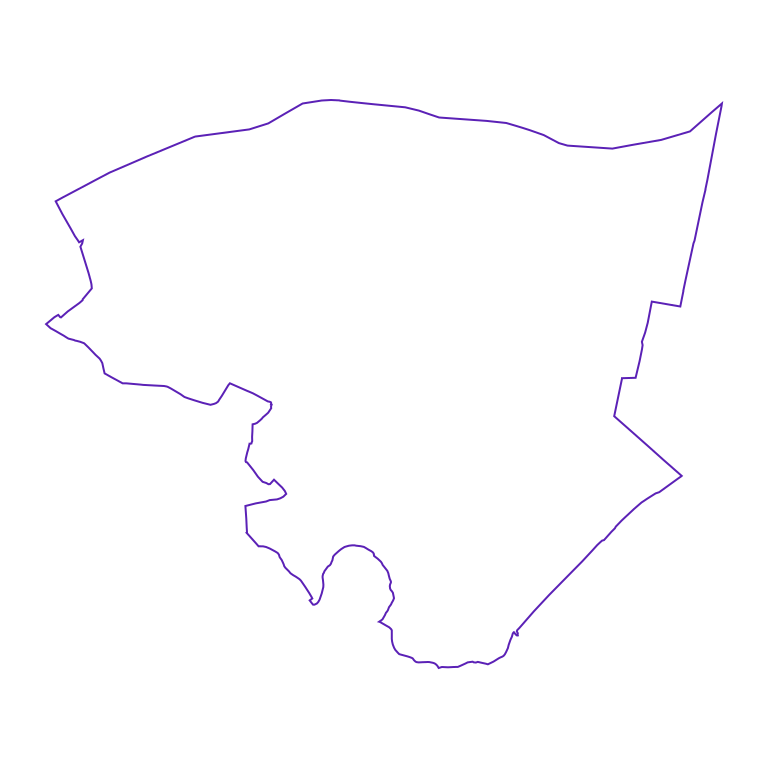 the district of Oltina, Constanta, Romania
{"feature_id": "2599482B63445954595990", "entity_name": "Oltina", "entity_type": "district", "adm_level": 2, "iso_a3": "ROU", "parent_name": "Romania", "parent_adm1": "Constanta", "projection": "natural_earth1", "projection_center": [27.643, 44.146], "detail": "fine", "context": "isolated", "style": "outline", "palette": "violet", "viewbox_px": 768, "rotation_deg": 0, "n_neighbors": 0, "source": "geoboundaries", "source_scale": "gbopen_adm2", "svg_char_len": 5161}
<svg xmlns="http://www.w3.org/2000/svg" viewBox="0 0 768 768"><path d="M681.7,475.9L663.0,459.5L646.8,445.0L614.2,416.2L622.0,378.6L622.0,378.4L622.0,378.2L635.6,377.8L639.6,361.1L642.0,349.2L642.6,345.1L641.9,341.8L645.1,332.7L647.8,322.5L647.8,322.4L651.8,301.6L655.3,302.2L680.3,306.5L683.4,291.0L683.3,290.8L685.5,280.2L693.5,243.3L694.5,240.7L702.5,202.2L705.5,189.6L705.4,189.4L707.4,179.8L715.9,134.5L721.5,106.3L721.9,103.5L711.9,112.1L690.0,131.4L661.2,139.9L634.1,144.6L631.3,145.1L619.9,147.2L612.4,148.6L575.0,146.1L567.5,145.6L558.9,143.1L543.8,135.1L529.6,130.1L522.7,127.9L515.8,125.8L506.3,123.0L486.6,120.9L458.6,118.9L439.1,117.5L429.0,114.1L418.9,110.6L405.2,107.3L391.7,106.0L387.6,105.6L381.4,105.0L374.1,104.3L363.4,103.2L350.1,101.8L339.9,100.6L339.6,100.4L331.0,100.0L321.8,100.5L302.6,103.5L285.4,113.4L268.3,123.4L249.3,129.4L194.9,136.6L195.0,136.6L172.8,145.8L146.9,156.5L109.6,172.6L100.5,177.4L93.7,181.0L71.5,192.8L62.8,197.4L55.7,201.3L62.4,214.1L70.9,228.9L75.0,236.3L75.6,237.1L77.4,239.7L77.5,239.8L79.1,242.3L82.9,240.2L82.2,243.4L80.4,246.7L88.6,273.2L88.7,273.6L89.6,276.8L89.7,277.3L89.8,277.7L90.4,279.7L90.5,280.3L90.6,280.5L90.8,281.4L91.2,283.1L91.5,284.7L91.8,288.4L87.2,293.9L82.7,299.3L82.6,300.2L79.5,302.9L67.8,311.4L61.0,317.4L60.2,317.2L58.3,314.9L57.2,315.5L54.4,317.2L46.1,324.1L50.7,328.3L50.8,328.3L56.0,331.2L60.1,333.6L63.8,335.7L66.1,337.2L68.4,338.6L73.9,340.0L75.2,340.6L76.4,340.8L80.6,341.9L80.7,342.0L84.0,343.2L84.8,343.9L88.3,347.3L95.7,355.0L99.6,358.6L100.9,360.5L102.3,363.1L103.5,368.7L104.6,373.4L111.2,377.1L122.6,383.3L125.9,383.3L140.6,384.6L143.2,384.9L156.1,385.6L164.0,386.0L166.7,386.5L167.8,386.9L170.7,388.4L180.5,394.2L183.6,396.4L184.5,397.0L188.1,398.3L194.3,400.3L202.8,402.9L210.5,404.8L214.0,403.9L216.1,403.1L218.1,401.6L219.1,399.9L221.8,395.9L228.3,385.2L229.9,383.3L247.9,391.2L248.0,391.2L252.9,393.3L257.6,395.8L267.8,401.4L269.8,401.8L270.9,402.3L271.2,403.2L270.9,404.5L271.6,404.7L271.0,406.7L271.2,408.2L268.2,412.7L266.2,414.5L262.7,417.5L262.1,418.4L260.1,420.3L257.0,422.9L255.2,423.7L252.6,424.3L252.4,431.4L252.1,436.8L252.2,441.2L251.8,442.1L251.4,443.5L250.2,443.6L249.5,444.4L249.4,444.3L248.2,449.3L247.3,452.2L245.8,458.4L245.5,461.0L246.0,462.1L247.1,462.4L253.2,470.0L257.9,476.7L262.6,481.8L266.3,483.0L268.4,484.2L270.0,484.1L274.0,479.7L277.8,483.4L282.2,487.6L284.9,491.1L286.2,493.9L283.3,496.7L280.3,498.3L277.0,499.4L269.7,500.1L266.1,501.5L255.7,503.4L245.4,506.0L246.3,518.8L246.7,527.5L247.0,532.2L246.5,532.7L255.9,543.2L258.6,546.3L259.9,546.2L260.0,546.3L262.9,546.3L266.1,547.0L269.7,548.5L275.1,551.4L277.7,553.0L278.9,554.6L279.7,557.2L281.2,559.3L281.3,559.4L281.8,560.2L283.1,563.0L283.7,564.4L284.3,566.3L285.4,567.8L286.2,568.6L289.1,571.5L290.0,572.7L290.8,573.5L293.1,575.1L296.0,576.8L298.5,578.5L299.4,579.1L300.9,580.6L302.7,583.2L305.3,587.0L309.2,593.0L311.5,596.9L312.3,598.5L309.7,600.4L312.0,603.4L313.1,604.7L314.4,604.7L316.9,603.5L318.3,601.9L319.6,599.6L321.7,593.5L323.3,587.1L323.4,584.6L323.0,580.3L322.6,577.7L322.6,576.1L323.2,573.7L323.7,573.1L324.5,571.1L325.7,569.5L327.8,566.6L329.9,565.2L330.9,563.8L331.5,562.1L332.4,560.3L332.8,558.3L333.2,556.5L334.7,554.7L337.7,552.0L339.3,550.6L341.2,549.1L344.5,547.0L346.1,546.5L349.0,545.7L352.4,545.3L354.4,545.3L356.2,545.7L360.7,546.2L363.9,546.9L365.8,548.0L368.4,549.6L371.3,551.2L372.8,552.3L373.7,553.5L374.0,554.9L373.9,554.9L374.1,556.0L375.3,556.9L377.7,558.7L380.9,561.7L381.9,563.2L382.7,565.0L384.0,566.6L387.3,570.8L388.3,573.2L388.8,575.4L389.7,578.8L390.5,580.5L390.9,581.5L390.9,582.6L390.1,584.4L389.8,586.1L390.1,588.6L390.9,590.2L391.8,591.1L392.9,592.8L394.0,598.2L393.1,600.5L391.7,602.9L391.7,603.0L391.0,604.5L390.5,605.2L389.0,607.2L387.9,610.2L387.0,611.6L386.0,612.7L384.9,615.2L383.5,617.6L382.8,618.8L382.6,619.2L382.4,619.4L381.0,620.5L380.2,621.0L379.2,621.7L379.6,621.8L379.9,622.0L380.0,622.0L386.2,625.6L389.2,627.3L391.1,629.1L391.8,630.3L391.8,636.0L391.8,638.9L392.1,641.5L392.8,644.5L394.1,647.8L395.3,649.9L397.9,652.8L399.2,654.1L400.5,654.5L407.5,656.4L410.0,657.2L411.8,657.9L412.7,658.4L414.1,660.3L415.5,661.6L416.5,662.1L418.7,662.4L422.7,662.2L425.6,662.1L428.0,662.0L429.5,662.1L432.9,662.8L434.6,663.4L435.9,664.3L437.4,665.8L437.3,665.7L438.7,668.0L441.9,667.0L448.0,667.3L453.9,667.0L457.9,666.9L460.9,665.6L465.7,663.4L467.6,662.4L469.6,662.1L472.7,661.7L473.6,662.3L475.4,662.5L476.0,662.5L477.8,661.9L482.6,663.0L485.8,663.7L487.9,664.3L493.5,661.6L498.9,658.2L500.5,657.4L502.4,656.6L503.6,655.8L504.8,654.4L506.1,652.0L507.9,648.1L508.7,644.8L510.5,639.7L511.9,636.7L512.8,633.5L513.6,632.4L513.9,632.2L515.5,634.2L516.4,635.1L517.1,635.5L517.8,635.4L517.5,634.2L517.8,633.8L517.8,633.2L517.4,632.5L516.8,631.3L517.2,630.2L519.5,627.8L533.9,611.3L543.8,600.7L549.3,594.8L561.4,582.5L573.9,569.8L582.2,561.4L592.5,550.3L597.2,545.1L600.5,542.0L602.1,540.6L604.0,540.1L611.4,531.8L614.9,528.3L615.8,526.6L621.6,520.6L625.2,517.2L634.0,509.0L641.5,502.5L644.4,500.6L646.3,499.3L648.3,498.0L655.6,493.4L659.2,492.2L677.7,478.8L681.0,476.5L681.7,475.9L681.7,475.9Z" fill="none" stroke="#5b21b6" stroke-width="2"/></svg>